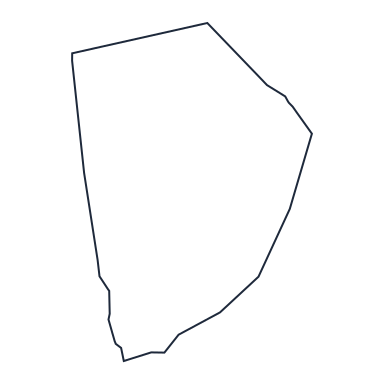 outline of Reifi Gharb Kassala, Kassala, Sudan
{"feature_id": "16777658B99769220544106", "entity_name": "Reifi Gharb Kassala", "entity_type": "district", "adm_level": 2, "iso_a3": "SDN", "parent_name": "Sudan", "parent_adm1": "Kassala", "projection": "equal_earth", "projection_center": [36.076, 15.291], "detail": "fine", "context": "isolated", "style": "outline", "palette": "slate", "viewbox_px": 384, "rotation_deg": 0, "n_neighbors": 0, "source": "geoboundaries", "source_scale": "gbopen_adm2", "svg_char_len": 558}
<svg xmlns="http://www.w3.org/2000/svg" viewBox="0 0 384 384"><path d="M288.8,102.7L287.9,101.3L285.2,96.4L267.0,85.1L258.9,76.6L248.5,65.8L207.3,23.0L100.2,47.0L72.2,53.3L72.1,60.7L84.1,172.9L97.6,259.9L99.5,276.3L107.9,289.1L109.2,290.9L109.7,313.8L108.5,319.5L111.8,331.1L112.4,333.3L112.8,334.6L114.6,340.9L114.6,341.0L115.4,342.9L115.7,343.8L119.1,346.4L121.1,347.9L123.8,361.0L151.2,352.4L164.4,352.6L178.6,334.7L220.0,312.4L258.5,276.7L289.8,208.9L311.9,133.7L296.9,112.7L292.7,106.7L288.8,102.7Z" fill="none" stroke="#1e293b" stroke-width="2"/></svg>